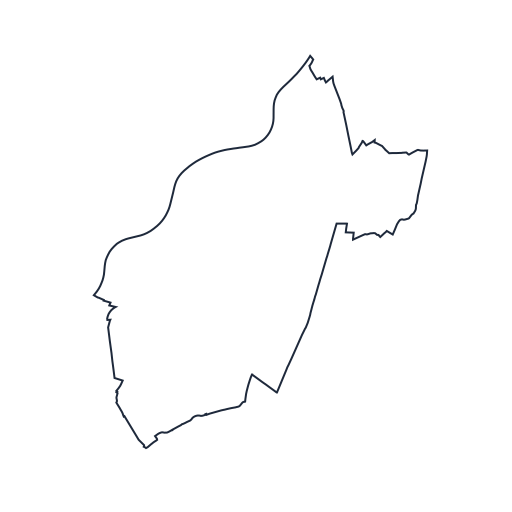 Wijchen, Gelderland, Netherlands (Mercator projection), rotated 98°
{"feature_id": "6326949B70706228671559", "entity_name": "Wijchen", "entity_type": "district", "adm_level": 2, "iso_a3": "NLD", "parent_name": "Netherlands", "parent_adm1": "Gelderland", "projection": "mercator", "projection_center": [5.703, 51.82], "detail": "fine", "context": "isolated", "style": "outline", "palette": "slate", "viewbox_px": 512, "rotation_deg": 98, "n_neighbors": 0, "source": "geoboundaries", "source_scale": "gbopen_adm2", "svg_char_len": 6008}
<svg xmlns="http://www.w3.org/2000/svg" viewBox="0 0 512 512"><g transform="rotate(98 256 256)"><path d="M191.9,105.9L190.8,105.4L189.2,104.7L188.0,104.4L187.2,104.3L186.9,104.3L186.5,104.3L183.7,104.6L182.9,104.6L182.1,104.3L181.8,104.2L180.6,104.1L178.3,104.0L176.5,104.0L173.1,104.0L172.4,103.9L161.5,103.0L156.1,102.7L139.0,101.2L133.9,100.9L133.3,100.9L131.9,100.9L127.7,101.2L128.3,104.8L128.6,107.3L128.6,107.9L128.4,110.1L128.5,110.7L128.6,110.9L128.7,111.1L131.7,115.3L132.7,116.6L134.3,118.6L134.2,119.1L133.4,120.3L132.6,121.4L132.6,121.5L132.8,122.7L133.1,124.0L133.2,124.7L133.4,125.5L133.5,125.7L133.6,125.9L133.8,127.3L134.2,129.4L134.7,132.3L135.2,135.9L135.7,138.4L134.4,140.3L133.1,142.2L133.1,142.4L132.8,142.6L129.5,146.5L129.3,147.2L128.7,149.0L127.4,152.6L127.3,153.0L127.1,154.4L124.7,154.6L125.7,155.6L127.2,157.1L128.0,158.3L128.9,159.4L128.9,159.5L129.9,160.8L131.1,162.2L128.5,164.7L127.5,165.8L127.2,166.3L127.2,166.5L128.7,166.9L129.3,167.1L133.7,169.2L134.6,169.4L134.9,169.5L138.0,171.6L142.0,174.6L140.5,175.4L137.9,176.3L134.5,177.5L123.9,181.3L113.6,184.9L101.3,189.4L100.5,189.3L99.9,189.5L99.4,189.8L97.5,191.1L97.1,191.3L94.8,192.4L94.2,192.6L93.8,192.7L93.3,192.9L91.9,193.6L89.0,195.1L76.7,202.0L74.4,203.2L73.3,203.6L72.8,203.8L67.8,205.1L71.5,208.4L72.1,209.0L72.6,209.3L74.1,210.6L74.4,210.9L72.6,212.2L70.2,213.6L72.0,216.4L70.5,217.3L72.6,220.5L70.5,222.4L69.4,223.3L68.0,224.4L66.1,225.9L65.7,226.3L64.2,227.5L63.2,228.2L63.0,228.3L60.6,229.4L60.3,229.6L59.2,228.9L58.2,228.4L57.4,228.0L56.6,227.7L55.7,227.4L54.2,227.0L53.5,226.7L52.2,228.0L51.8,228.5L50.3,230.2L52.4,231.1L55.3,232.5L58.2,234.0L61.2,235.7L64.1,237.4L67.0,239.2L70.0,241.1L72.9,243.3L75.8,245.4L78.8,247.7L84.6,252.4L87.6,254.6L90.5,256.4L93.4,257.8L96.4,258.6L99.3,259.2L102.3,259.4L105.2,259.3L108.1,259.0L117.0,257.8L119.9,257.6L122.8,257.7L125.8,258.1L128.7,258.8L131.7,259.8L134.6,261.2L137.5,263.0L139.8,264.8L141.6,266.6L144.0,269.6L146.0,272.5L147.4,275.5L148.5,278.4L150.2,284.3L151.0,287.3L151.9,290.2L152.7,293.2L153.6,296.1L154.5,299.1L155.5,302.0L156.7,305.0L157.9,307.9L159.3,310.9L160.9,313.8L162.7,316.8L164.5,319.7L166.5,322.7L168.6,325.6L170.9,328.6L173.6,331.6L176.4,334.5L181.3,338.9L184.3,341.2L187.2,343.0L190.1,344.4L193.1,345.4L196.0,346.0L198.9,346.4L204.8,346.9L216.5,348.1L219.5,348.5L222.4,349.1L225.4,350.0L228.3,351.0L231.2,352.3L234.2,353.9L237.1,355.8L240.0,358.1L243.4,361.3L245.9,363.9L248.4,367.2L250.2,370.1L251.7,373.1L256.4,384.9L257.5,387.3L259.5,390.8L261.8,393.8L263.3,395.5L266.3,397.9L269.2,399.9L272.1,401.5L275.1,402.6L278.0,403.5L280.9,404.2L283.9,404.4L286.8,404.4L292.7,404.1L295.6,404.0L298.6,404.2L301.5,404.6L304.4,405.3L307.4,406.1L310.3,407.2L313.2,408.6L316.1,410.3L317.4,411.1L318.0,409.7L318.4,408.7L319.1,407.0L319.2,405.9L320.7,400.6L321.4,400.7L322.4,393.6L325.4,394.4L326.0,387.9L326.6,388.7L327.4,389.6L327.8,390.0L328.4,390.6L328.7,390.8L329.8,391.8L330.2,392.0L331.2,392.6L332.1,393.1L333.7,393.8L334.4,394.0L335.3,394.2L336.8,394.5L337.9,394.6L338.5,394.7L340.0,394.3L339.4,391.4L340.5,391.7L347.3,392.5L348.0,392.3L360.6,388.9L372.2,385.6L380.1,383.6L384.0,382.5L389.8,380.9L396.5,379.1L397.4,373.6L397.9,370.7L401.1,371.6L403.5,372.4L406.2,373.8L409.0,375.5L409.5,374.6L410.4,375.2L411.1,374.0L415.2,374.5L415.5,374.5L416.1,374.4L418.4,373.6L418.9,373.6L419.1,373.5L419.8,373.6L420.6,373.9L425.3,370.0L427.0,368.7L428.5,367.5L429.6,366.7L430.9,365.9L431.5,365.7L433.4,364.6L432.9,364.0L451.6,348.8L454.1,346.8L454.4,346.5L458.9,340.5L459.9,340.4L460.5,340.6L460.9,339.4L461.1,338.8L461.5,338.2L460.4,336.7L458.6,335.1L457.1,333.8L456.1,332.8L455.0,331.8L453.5,330.2L453.4,329.9L451.8,328.3L450.7,328.7L448.4,330.9L445.8,328.2L444.9,327.0L444.1,325.6L443.8,324.9L443.6,324.0L443.7,322.0L443.5,321.1L443.4,320.3L443.2,319.5L442.8,318.8L442.0,317.6L440.4,315.5L440.4,315.1L440.1,314.6L439.8,314.7L439.7,314.7L438.4,312.9L436.6,310.5L435.7,309.3L434.0,306.9L433.9,306.8L432.8,305.8L432.4,304.8L431.1,302.8L430.0,301.3L428.1,298.3L426.9,297.3L425.4,296.5L424.2,295.5L423.3,294.3L422.6,293.0L422.1,291.6L421.9,289.9L422.0,288.2L421.6,286.7L420.2,283.7L419.6,284.0L419.2,283.2L420.1,282.8L418.5,279.8L413.7,268.9L412.7,266.2L412.6,265.8L411.6,263.4L410.5,260.5L409.9,258.8L408.7,255.1L408.4,254.5L407.8,252.9L407.6,252.5L407.4,252.1L406.9,251.5L406.7,251.3L406.3,251.0L403.6,249.4L402.9,248.9L402.5,248.5L402.3,248.1L402.0,247.5L401.9,246.7L401.7,246.5L398.9,246.6L393.9,246.6L391.1,246.4L387.5,246.0L384.3,245.6L380.2,244.9L377.0,244.3L373.9,243.5L373.9,243.4L374.0,243.4L374.7,242.0L378.6,234.7L379.5,233.1L381.4,229.4L381.5,229.1L384.1,224.3L386.6,219.6L388.2,216.7L388.3,216.3L387.9,216.1L387.1,216.0L385.7,215.6L364.1,210.0L361.9,209.5L359.3,208.6L352.3,206.5L343.6,204.0L327.5,199.4L323.3,198.0L321.1,197.3L320.6,197.0L319.8,196.7L318.2,196.3L315.1,195.5L309.0,194.5L306.9,194.2L304.8,194.1L301.5,193.7L298.7,193.4L298.1,193.3L297.7,193.3L293.8,192.7L293.2,192.6L291.0,192.2L290.8,192.3L290.6,192.2L289.3,192.0L288.0,191.9L285.7,191.4L276.2,190.1L273.1,189.6L271.6,189.4L270.1,189.2L264.9,188.3L260.0,187.6L248.3,185.9L246.3,185.5L244.0,185.2L238.3,184.3L235.6,183.9L233.8,183.7L226.0,182.6L212.7,180.7L212.1,176.4L211.9,174.9L211.3,170.9L211.3,170.4L216.3,170.5L220.1,170.4L219.3,162.5L225.7,162.3L226.3,162.2L225.2,160.5L220.4,153.0L219.8,152.0L219.4,151.4L219.3,151.2L219.2,151.0L219.2,150.8L219.2,149.3L219.2,149.1L219.0,148.7L218.8,148.1L217.9,146.3L217.7,146.0L217.6,145.5L216.9,142.4L216.9,141.7L216.9,141.4L216.9,141.2L217.0,141.0L217.8,139.7L218.2,139.1L218.2,138.8L218.2,138.4L218.1,137.6L219.0,136.7L219.9,135.6L217.6,133.7L215.7,132.2L214.2,130.8L213.0,130.0L215.5,124.1L215.7,123.6L210.7,122.2L205.5,120.9L204.8,120.7L202.1,119.5L201.2,119.0L200.7,118.6L200.2,118.3L200.0,118.0L199.6,117.1L199.4,116.5L199.4,115.9L199.5,115.1L199.5,114.7L199.3,113.8L199.0,113.1L197.8,110.4L197.3,109.7L193.9,107.8L193.3,107.4L192.4,106.4L192.0,106.1L191.9,106.0L191.9,105.9Z" fill="none" stroke="#1e293b" stroke-width="2"/></g></svg>